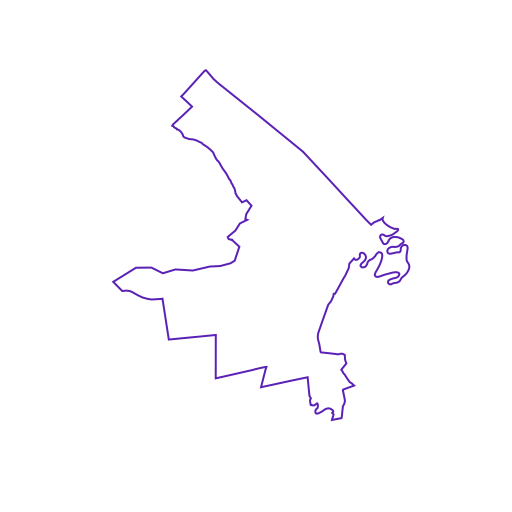 the district of Gradistea, Braila, Romania, rotated 326°
{"feature_id": "2599482B92536621414341", "entity_name": "Gradistea", "entity_type": "district", "adm_level": 2, "iso_a3": "ROU", "parent_name": "Romania", "parent_adm1": "Braila", "projection": "natural_earth1", "projection_center": [27.399, 45.269], "detail": "fine", "context": "isolated", "style": "outline", "palette": "violet", "viewbox_px": 512, "rotation_deg": 326, "n_neighbors": 0, "source": "geoboundaries", "source_scale": "gbopen_adm2", "svg_char_len": 6117}
<svg xmlns="http://www.w3.org/2000/svg" viewBox="0 0 512 512"><g transform="rotate(326 256 256)"><path d="M382.4,295.3L378.4,295.4L378.0,295.0L377.7,294.9L377.2,295.0L372.3,294.1L368.9,294.5L367.6,288.0L362.2,253.2L358.2,226.9L358.1,226.4L353.9,199.7L353.3,196.3L353.4,196.2L338.8,147.9L338.0,145.1L321.4,92.0L320.3,87.7L319.7,85.1L319.5,82.9L318.7,75.9L318.3,73.9L317.1,73.8L316.3,73.9L286.4,81.3L283.2,81.9L285.3,90.8L286.5,96.4L274.1,98.5L260.9,100.5L259.4,101.2L259.6,101.5L260.1,102.4L260.2,102.9L260.2,103.1L260.1,103.3L260.3,103.9L260.8,105.0L261.4,105.9L261.5,106.3L261.4,106.5L261.2,106.6L261.2,106.8L261.7,107.3L261.9,107.5L262.3,108.0L262.8,109.3L263.0,110.2L263.2,111.6L263.2,113.7L263.1,114.5L263.0,114.9L262.7,115.8L262.7,116.1L262.7,116.7L262.8,117.1L263.1,117.8L263.5,118.4L265.9,121.6L266.8,122.3L267.1,122.5L267.7,123.2L269.1,124.2L269.6,124.8L270.5,125.9L271.3,127.0L271.7,127.5L272.1,128.4L273.4,130.6L273.9,131.3L274.2,131.9L274.3,132.4L274.3,132.9L274.7,134.2L275.2,135.4L275.8,136.6L276.3,138.0L276.6,138.6L276.8,139.4L277.2,140.9L277.4,141.3L277.9,143.7L278.2,145.1L278.4,146.3L278.0,147.8L278.0,148.3L277.7,149.7L277.3,153.0L277.3,154.0L277.3,154.7L277.4,155.2L277.6,156.0L277.8,157.1L277.8,158.3L277.7,158.9L277.7,159.7L277.4,162.0L277.4,163.0L277.3,163.9L277.3,166.0L277.4,169.1L277.4,169.6L277.5,170.1L277.4,171.1L277.2,173.9L277.0,175.8L276.8,176.2L276.8,176.8L276.8,177.5L276.8,178.0L277.0,178.4L277.0,179.3L276.9,179.7L276.6,181.2L276.4,181.9L276.4,183.1L276.4,183.4L276.4,184.0L276.0,185.7L275.9,188.0L275.8,188.5L275.3,189.8L275.0,190.6L274.7,191.4L274.1,192.4L274.1,192.7L274.0,193.3L274.0,194.0L274.0,194.4L273.7,195.1L274.1,199.8L274.4,203.7L277.9,204.3L279.3,204.4L280.4,211.8L271.4,215.8L267.8,219.5L268.9,221.1L260.9,220.0L253.1,223.4L244.1,224.3L243.1,224.5L242.8,226.8L245.2,229.1L244.9,229.4L245.2,229.7L247.4,239.0L235.7,248.0L230.8,247.8L220.7,244.3L211.8,238.9L195.5,232.7L181.7,222.1L169.1,218.2L162.8,207.1L149.9,198.6L123.2,197.6L125.5,210.2L129.3,212.3L131.8,214.5L133.2,216.7L136.0,222.3L138.7,226.9L142.4,231.2L145.3,233.8L149.4,236.2L153.6,238.7L154.6,239.1L137.0,276.5L178.5,299.0L154.2,334.9L164.7,339.0L190.5,349.0L190.9,349.0L197.0,351.3L201.6,353.2L202.6,353.8L200.5,355.4L186.8,367.6L195.8,371.2L214.1,378.5L231.0,385.4L222.2,401.6L221.9,403.8L221.9,404.7L220.3,405.6L219.7,406.5L218.8,408.3L218.5,409.3L218.1,409.8L218.1,410.3L218.9,410.7L219.3,411.4L220.7,412.4L221.4,412.4L222.8,412.3L224.2,412.3L224.4,412.8L224.1,413.7L223.5,414.9L222.2,416.3L221.7,416.5L220.1,416.7L219.0,417.2L218.1,418.3L217.6,419.5L218.0,420.5L218.8,421.0L220.0,421.4L223.2,421.8L224.9,421.8L226.9,421.7L228.5,421.9L229.9,422.3L231.0,422.9L231.9,423.7L232.6,424.9L233.2,426.2L233.3,427.0L233.2,428.0L232.5,428.5L231.4,428.7L231.8,430.6L230.3,432.0L228.7,433.1L227.3,434.4L236.2,438.2L237.0,437.5L244.0,429.2L244.7,428.8L245.7,428.4L247.6,427.0L248.4,426.2L249.2,424.9L250.2,422.6L252.9,416.0L253.4,415.5L253.7,415.5L264.9,418.3L264.2,415.3L263.2,413.0L263.1,410.4L263.1,408.0L263.2,404.0L262.9,402.0L263.2,399.6L263.1,398.0L270.8,395.6L270.9,395.0L272.0,391.5L272.2,391.2L274.3,387.6L273.0,385.4L272.7,385.1L271.4,384.3L270.1,383.9L269.1,383.5L267.5,382.0L265.3,380.1L258.7,374.5L256.3,372.6L255.9,372.0L256.0,371.4L259.2,364.4L260.9,359.5L261.6,358.2L262.2,357.3L263.6,355.6L265.0,354.3L272.9,348.4L282.9,341.0L287.9,337.3L288.9,336.7L293.0,335.4L297.2,332.9L298.3,331.9L299.3,330.8L300.5,331.5L304.4,329.5L317.0,323.0L318.2,322.6L326.0,318.0L329.2,314.5L335.9,312.8L335.9,313.4L336.0,314.1L336.4,314.9L337.5,315.5L338.5,315.7L339.7,315.6L340.9,315.3L342.0,314.4L342.8,312.9L343.8,312.2L344.5,312.1L345.8,312.6L346.4,313.3L347.0,314.5L347.2,316.0L346.9,317.7L345.8,319.4L343.8,320.5L342.1,320.9L339.0,321.3L337.9,321.8L337.1,322.6L337.3,324.5L338.6,325.4L340.3,326.0L341.8,325.7L343.6,324.9L345.0,323.6L346.2,323.2L348.2,322.9L350.0,323.4L351.8,323.4L355.0,322.7L356.4,321.9L357.9,321.6L359.2,321.4L360.1,321.5L360.7,322.2L361.6,323.4L361.7,324.4L361.3,325.5L361.0,326.2L360.2,327.2L358.3,329.1L357.1,330.1L354.4,332.0L352.2,333.3L348.6,335.2L346.2,336.3L344.5,337.4L343.8,338.4L343.7,339.7L344.4,340.8L345.2,341.4L346.6,342.0L351.4,343.2L353.5,343.9L359.6,346.0L362.2,347.2L363.1,347.8L364.1,348.7L364.9,349.9L364.8,351.1L363.6,352.1L361.8,352.6L360.2,352.5L358.5,351.8L357.1,351.3L354.2,350.5L352.8,350.4L352.1,350.5L351.4,350.8L350.7,351.8L350.4,352.4L350.6,353.3L350.8,353.9L351.3,354.5L352.5,355.1L353.5,355.1L355.4,355.7L357.5,356.7L358.8,357.1L359.7,357.2L360.6,357.2L361.4,357.0L362.8,356.4L363.6,355.9L364.5,355.6L366.1,355.3L367.9,355.2L369.5,355.0L371.9,354.3L373.3,353.6L374.5,353.0L375.6,352.3L376.8,351.1L377.7,349.6L378.1,348.2L378.2,347.3L378.2,346.0L378.2,344.8L378.6,343.5L380.9,340.0L385.3,335.2L386.2,334.2L386.5,333.6L386.8,332.8L386.9,332.2L386.7,331.5L386.2,330.6L385.1,329.7L384.1,329.4L383.1,329.4L382.0,329.6L380.8,330.2L380.0,331.1L379.2,332.1L378.5,332.8L377.6,333.1L376.5,333.0L375.6,332.2L374.5,331.6L373.2,331.1L371.1,330.3L369.2,329.6L368.4,329.0L367.8,328.6L367.2,327.8L367.1,326.6L367.3,325.9L367.6,325.3L368.2,324.8L368.8,324.3L369.4,324.0L370.5,323.8L371.1,323.8L371.9,323.9L373.6,324.3L375.0,325.2L375.7,325.8L377.1,326.7L377.8,327.0L379.3,327.5L380.1,327.6L381.1,327.4L382.1,327.2L383.4,327.1L384.1,327.2L385.2,327.3L385.9,327.1L386.2,326.8L386.6,326.4L386.8,326.0L387.0,325.4L386.9,324.6L386.6,323.8L385.3,321.4L384.7,320.6L383.6,319.3L382.5,318.4L381.7,317.8L380.0,316.9L379.0,316.7L377.7,316.5L376.5,316.6L375.8,316.8L373.7,317.9L372.4,318.6L371.5,318.7L370.5,318.6L369.7,318.4L369.2,318.0L368.7,317.5L368.5,316.8L368.6,315.2L368.8,314.1L368.8,313.0L369.0,312.1L369.0,310.9L369.3,309.9L369.7,309.4L370.4,308.7L371.2,308.4L371.9,308.5L372.8,308.8L373.5,309.5L374.1,310.9L374.5,311.8L375.3,312.6L375.9,313.0L379.1,314.2L380.7,314.5L382.1,314.6L384.6,314.5L386.3,314.5L387.7,314.2L388.5,313.8L388.8,313.3L388.6,312.8L387.8,312.1L385.9,310.9L384.3,308.5L383.2,306.7L382.3,304.7L381.5,302.4L381.3,301.5L381.0,300.1L381.0,299.2L381.0,297.5L381.1,297.1L381.5,296.2L381.9,295.7L382.4,295.3Z" fill="none" stroke="#5b21b6" stroke-width="2"/></g></svg>